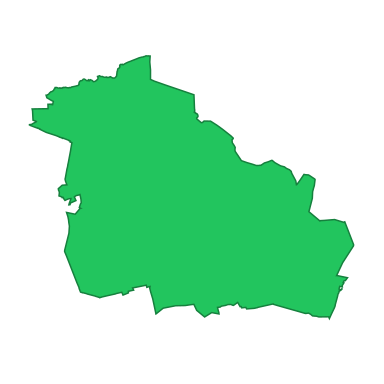 Katvaru pag., Limbaži, Latvia (Mercator projection), rotated 84°
{"feature_id": "27541924B50356966028149", "entity_name": "Katvaru pag.", "entity_type": "district", "adm_level": 2, "iso_a3": "LVA", "parent_name": "Latvia", "parent_adm1": "Limbaži", "projection": "mercator", "projection_center": [24.779, 57.591], "detail": "fine", "context": "isolated", "style": "filled", "palette": "green", "viewbox_px": 384, "rotation_deg": 84, "n_neighbors": 0, "source": "geoboundaries", "source_scale": "gbopen_adm2", "svg_char_len": 5715}
<svg xmlns="http://www.w3.org/2000/svg" viewBox="0 0 384 384"><g transform="rotate(84 192 192)"><path d="M174.9,101.7L171.5,106.5L169.2,108.7L168.9,109.1L168.9,109.6L169.9,112.9L170.7,117.0L172.5,120.4L172.7,120.6L172.5,121.4L172.6,122.6L172.4,125.1L172.2,125.7L170.8,128.7L168.5,134.3L166.0,139.6L156.7,144.5L156.0,144.8L155.3,144.9L154.0,144.8L152.2,144.4L151.6,144.6L149.2,145.7L147.6,146.6L146.9,146.8L144.2,146.7L143.3,145.5L142.7,145.4L140.3,147.4L132.8,155.1L128.3,160.1L123.5,166.1L122.7,172.5L122.8,172.8L123.9,174.2L124.0,174.4L124.0,175.6L120.0,179.4L119.7,179.6L119.0,179.6L118.6,179.4L118.1,178.6L117.7,178.2L116.7,178.1L115.6,178.3L115.0,178.6L114.9,178.7L115.0,178.9L114.9,179.0L114.3,179.4L114.2,179.5L114.2,179.9L114.1,180.3L113.5,180.6L113.4,180.5L112.9,180.7L112.8,180.9L112.8,181.3L110.9,180.7L109.4,180.8L95.5,179.9L83.1,206.7L77.9,217.7L75.7,221.5L66.2,220.5L58.3,220.4L52.4,219.4L52.3,220.0L52.1,221.0L52.0,222.4L51.8,223.3L51.9,224.1L52.1,224.3L52.3,225.1L52.3,225.8L52.5,226.1L52.6,226.6L52.6,227.7L53.0,230.5L53.8,233.2L56.2,242.0L56.9,244.1L58.3,247.3L57.7,248.0L57.9,248.3L57.9,248.6L57.6,249.4L57.7,249.6L58.1,250.4L58.7,250.7L59.2,250.5L59.3,250.5L59.6,250.8L60.1,250.7L60.6,251.0L61.1,251.4L61.2,251.9L61.6,252.7L62.0,253.0L63.3,253.4L63.6,253.4L63.8,253.4L64.0,253.7L64.9,254.1L65.5,254.1L66.5,254.4L67.3,254.5L67.9,254.8L68.5,254.8L68.8,254.9L69.3,255.3L69.6,255.8L70.1,256.3L70.5,256.9L70.6,257.1L70.6,257.3L70.4,257.9L70.5,258.7L69.7,259.9L69.4,260.4L68.9,260.8L68.8,261.0L68.8,261.4L69.2,261.7L69.2,261.8L69.1,262.1L69.1,262.3L69.4,262.6L69.4,262.8L69.3,263.3L69.2,264.1L69.3,264.3L69.3,264.5L68.8,264.7L68.7,264.9L68.8,265.0L68.9,265.4L68.7,266.1L68.8,266.4L68.8,266.9L68.4,268.0L68.0,268.6L67.8,268.9L67.7,269.4L67.7,270.2L67.6,270.7L67.5,270.9L66.8,271.6L66.7,271.8L66.8,272.1L67.1,273.3L67.2,273.8L67.4,273.7L67.8,273.8L68.3,273.4L69.0,273.5L69.7,273.8L70.5,274.7L71.6,276.3L71.9,277.0L72.0,278.5L71.8,278.8L71.3,279.1L70.9,279.3L70.6,279.8L70.4,280.0L70.0,280.9L69.7,281.2L69.8,281.6L70.6,282.1L70.7,282.5L70.4,282.5L70.2,282.7L69.5,283.0L69.7,283.5L70.4,283.9L70.3,284.9L70.2,285.2L69.4,286.0L68.6,287.0L68.4,287.5L68.4,288.0L68.6,288.6L69.3,289.2L69.5,289.5L69.7,290.0L69.7,291.0L69.9,291.6L70.5,292.1L70.9,292.6L72.1,293.1L72.5,293.0L72.9,293.0L73.1,293.2L73.3,293.1L73.6,293.4L74.1,294.0L74.6,296.9L75.0,301.0L75.3,301.3L75.5,301.7L75.3,302.9L75.3,303.2L75.6,303.7L75.3,305.0L75.2,305.6L74.8,306.2L74.6,306.8L74.6,307.2L74.9,307.5L74.6,308.3L74.7,308.7L74.8,309.0L74.6,309.2L74.7,309.3L74.8,310.1L75.3,310.5L75.1,310.9L75.1,311.1L74.9,311.3L74.8,311.7L74.8,311.8L75.1,312.1L75.0,312.3L74.9,312.6L74.7,312.6L74.6,312.9L74.8,313.3L74.8,313.5L74.7,314.2L74.5,314.5L74.4,314.8L74.0,315.4L73.8,316.3L73.8,316.6L73.8,317.3L74.7,317.5L74.9,317.7L75.1,318.2L75.9,318.7L76.4,319.0L76.9,319.7L77.0,320.0L77.3,320.4L77.5,320.8L77.5,321.3L77.5,321.7L78.6,323.3L79.7,324.3L80.0,324.9L80.2,325.6L80.5,326.1L80.5,327.0L83.1,326.5L86.3,322.2L87.4,320.4L90.6,321.5L90.1,323.6L89.9,323.4L89.7,326.1L94.1,326.4L92.7,342.3L94.6,342.1L104.0,342.6L105.1,340.2L105.6,339.4L105.9,339.6L107.2,342.9L107.8,343.9L108.0,345.3L108.0,347.2L108.7,345.7L109.0,345.8L112.4,338.9L112.2,338.8L113.3,336.8L113.6,337.0L117.5,330.7L121.5,321.7L123.3,318.2L123.5,318.2L124.2,316.6L124.9,315.4L124.6,315.4L125.0,314.4L125.6,313.3L126.8,310.9L128.0,308.6L128.2,308.8L128.9,307.7L129.5,308.0L130.4,306.3L136.4,308.0L138.4,308.5L150.1,312.0L151.5,312.5L154.1,313.2L156.2,314.0L159.7,315.0L165.5,316.7L165.8,316.9L167.8,316.7L171.8,315.7L171.7,320.4L174.7,324.6L176.0,324.6L177.5,324.1L178.8,324.0L182.0,324.7L183.2,322.1L184.1,321.7L183.9,320.7L186.0,319.9L187.1,319.2L186.4,317.3L185.9,315.4L185.8,314.8L185.9,313.9L185.8,313.1L186.1,313.1L190.3,315.2L191.9,315.8L191.9,314.7L190.2,313.9L188.4,308.3L184.6,309.5L183.8,308.3L183.5,307.6L183.1,304.6L182.8,303.7L187.5,303.2L191.1,303.3L192.5,304.3L195.7,305.7L196.4,304.7L196.4,304.8L201.9,310.5L199.2,318.9L203.5,318.0L206.9,317.7L209.4,317.7L213.1,317.5L220.1,318.7L236.6,324.7L237.9,324.9L242.9,323.4L270.3,315.9L275.1,314.4L276.4,314.3L279.9,313.3L280.8,311.3L280.7,311.2L282.0,307.7L282.5,306.8L285.5,298.9L285.7,298.7L286.0,297.9L287.3,294.9L287.5,294.8L287.0,292.6L286.3,287.1L285.3,278.5L285.1,278.3L284.4,272.3L287.3,271.4L285.7,265.8L284.1,265.7L283.5,260.3L281.2,261.1L279.9,247.2L282.1,246.9L281.7,245.0L281.6,243.6L283.0,244.1L286.8,243.6L294.2,242.2L309.5,240.6L309.4,240.4L304.6,232.9L304.5,232.6L303.4,220.1L304.2,210.6L304.0,206.4L303.9,201.9L310.2,199.7L317.6,192.5L314.0,185.0L316.1,177.9L314.7,177.9L311.9,178.4L309.4,178.7L309.4,176.0L308.6,174.7L308.3,170.6L307.7,168.1L307.9,165.1L308.9,163.3L309.1,162.6L306.6,158.1L311.1,156.1L311.1,155.0L312.4,154.7L312.4,150.5L314.0,149.9L314.2,142.2L313.8,138.8L313.6,138.5L311.8,122.9L312.2,122.8L313.1,120.6L313.5,119.7L321.9,98.7L324.6,92.1L324.7,91.2L324.6,88.8L326.0,86.8L327.8,85.1L328.3,82.7L328.5,81.3L329.5,78.9L330.4,69.1L332.2,68.6L327.3,65.7L322.1,62.5L320.3,61.6L318.8,61.2L311.1,58.2L308.9,57.5L307.5,56.5L306.2,56.2L305.3,54.3L304.1,52.9L303.9,53.0L304.6,54.5L305.1,55.6L303.9,55.9L301.3,55.0L301.8,53.5L302.1,52.4L300.8,52.4L298.2,50.4L297.7,51.1L296.2,50.0L296.1,49.6L296.2,48.8L293.5,46.3L290.2,56.7L290.2,56.9L278.1,49.6L262.8,37.3L262.4,37.0L261.9,36.9L261.2,36.8L237.6,43.2L237.7,43.6L238.2,43.8L234.3,53.1L234.1,63.2L233.9,67.3L234.2,67.8L223.8,77.8L210.9,73.0L204.3,72.0L200.6,70.6L198.5,69.7L192.5,68.3L192.0,68.5L187.9,73.4L187.2,74.4L186.7,77.2L186.2,78.8L191.9,83.6L195.6,87.0L195.7,87.4L192.1,87.6L191.6,87.7L183.7,90.9L181.8,91.2L180.0,92.8L179.8,93.2L178.4,95.6L176.8,97.3L176.6,97.6L175.4,100.8L174.9,101.7Z" fill="#22c55e" stroke="#15803d" stroke-width="1.5"/></g></svg>